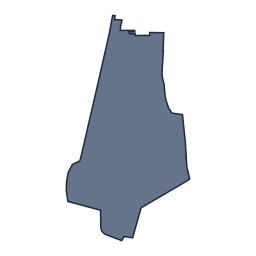 the district of Ánimas Trujano, Oaxaca, Mexico
{"feature_id": "50627088B99049089169873", "entity_name": "Ánimas Trujano", "entity_type": "district", "adm_level": 2, "iso_a3": "MEX", "parent_name": "Mexico", "parent_adm1": "Oaxaca", "projection": "equal_earth", "projection_center": [-96.715, 16.988], "detail": "fine", "context": "isolated", "style": "filled", "palette": "slate", "viewbox_px": 256, "rotation_deg": 0, "n_neighbors": 0, "source": "geoboundaries", "source_scale": "gbopen_adm2", "svg_char_len": 1000}
<svg xmlns="http://www.w3.org/2000/svg" viewBox="0 0 256 256"><path d="M189.7,178.9L186.8,166.6L185.4,143.2L182.5,114.6L171.6,113.0L171.5,112.8L169.9,109.6L169.1,109.2L167.8,105.6L167.2,103.8L166.2,100.7L165.6,98.3L164.8,93.2L164.4,87.7L164.2,85.3L164.2,84.3L163.0,80.4L162.1,75.4L162.1,71.5L163.4,50.2L163.1,50.1L163.2,48.9L163.4,42.7L163.7,35.4L163.8,32.7L149.7,32.5L149.6,35.4L146.8,35.4L142.4,35.4L138.8,35.5L138.4,35.5L135.7,35.5L135.4,35.5L135.1,33.8L129.5,33.7L129.4,33.3L129.0,32.0L134.9,32.0L134.6,30.4L122.8,30.4L120.2,30.3L120.4,28.7L120.6,27.1L120.6,26.2L120.7,25.4L120.8,24.6L121.2,23.8L121.6,22.4L121.8,21.5L121.8,20.8L121.8,19.9L114.8,19.7L114.8,18.8L114.9,17.3L115.1,15.7L112.7,15.4L112.2,18.0L108.9,35.3L97.8,84.0L80.6,158.4L79.8,160.8L72.4,164.5L68.2,172.6L66.6,181.2L66.3,190.8L67.9,201.5L100.5,210.2L100.8,228.0L102.0,231.4L104.9,234.2L121.7,240.6L124.1,236.5L132.6,237.8L138.3,217.7L141.1,207.8L187.3,180.7L189.7,178.9Z" fill="#64748b" stroke="#1e293b" stroke-width="1.5"/></svg>